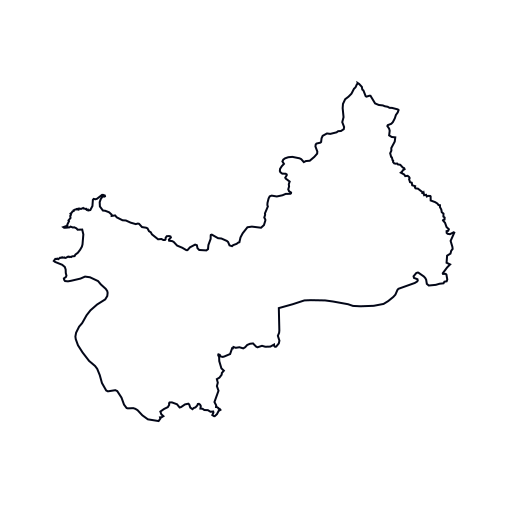 the district of Sirindhorn, Ubon Ratchathani, Thailand, rotated 258°
{"feature_id": "78962969B9944592698324", "entity_name": "Sirindhorn", "entity_type": "district", "adm_level": 2, "iso_a3": "THA", "parent_name": "Thailand", "parent_adm1": "Ubon Ratchathani", "projection": "natural_earth1", "projection_center": [105.457, 15.111], "detail": "fine", "context": "isolated", "style": "outline", "palette": "ink", "viewbox_px": 512, "rotation_deg": 258, "n_neighbors": 0, "source": "geoboundaries", "source_scale": "gbopen_adm2", "svg_char_len": 6066}
<svg xmlns="http://www.w3.org/2000/svg" viewBox="0 0 512 512"><g transform="rotate(258 256 256)"><path d="M343.1,416.9L344.2,413.5L346.3,411.3L350.7,412.8L352.9,412.7L355.8,411.5L356.6,412.1L357.2,415.8L358.5,417.7L361.8,420.4L364.9,422.2L367.0,424.5L369.1,425.8L369.9,425.2L372.6,419.8L373.2,417.4L374.6,415.8L375.7,413.1L376.9,411.4L378.2,407.5L380.5,404.2L388.9,401.3L389.2,400.4L388.9,397.2L389.5,396.5L395.6,395.5L396.7,394.6L399.4,394.7L402.8,392.7L404.1,391.4L403.3,391.4L403.0,390.4L400.3,388.4L399.2,386.6L394.9,383.1L392.6,379.6L390.8,375.8L386.7,372.7L382.6,371.5L373.6,370.5L369.0,368.2L363.8,369.0L361.8,368.2L360.6,365.1L361.0,362.3L360.2,360.5L360.0,354.0L361.1,350.9L359.7,346.2L357.5,344.6L354.0,343.4L353.5,342.6L353.4,338.6L352.7,337.6L350.8,336.9L345.4,337.7L343.4,337.1L340.8,333.6L338.0,328.4L338.5,324.5L337.9,322.3L341.3,320.4L342.5,318.9L345.4,312.2L345.9,308.1L345.5,304.7L344.6,302.7L343.0,301.5L340.3,302.5L338.5,299.9L336.3,297.7L334.2,297.0L332.8,297.3L331.1,298.8L330.3,302.1L329.4,303.0L328.7,302.9L326.5,300.9L325.5,301.2L321.8,304.4L319.4,303.0L317.1,302.8L314.5,301.4L312.5,301.8L310.8,303.5L310.0,303.2L309.7,302.4L310.6,298.1L309.9,294.5L309.9,288.7L311.8,283.9L311.5,281.8L309.7,280.3L305.6,278.3L303.5,277.7L302.0,277.9L295.8,273.6L294.4,273.5L291.9,272.1L289.7,272.7L288.7,272.5L284.6,270.2L282.6,266.8L285.6,258.1L285.9,253.6L281.0,247.7L277.4,244.7L272.9,242.6L272.8,241.4L271.9,239.5L271.4,236.0L270.6,234.6L271.9,232.3L275.5,231.6L276.8,230.6L280.3,225.8L281.3,222.6L286.1,217.2L286.0,216.2L285.3,215.9L282.2,215.2L276.6,211.7L272.7,210.5L271.8,208.6L273.7,201.7L275.8,200.4L278.8,200.4L279.8,198.8L278.2,193.2L276.0,190.2L276.2,189.1L279.4,185.6L282.6,181.0L286.9,178.4L288.0,177.1L289.0,174.2L290.1,174.2L291.8,176.6L292.9,176.4L293.6,175.1L293.9,172.8L292.6,171.4L291.1,171.0L290.6,170.3L290.9,168.7L292.3,167.0L292.7,163.7L298.8,158.7L301.1,158.0L302.5,156.5L305.6,155.6L306.5,154.4L308.0,150.5L311.8,148.3L312.3,147.2L312.2,145.0L314.7,140.3L317.8,136.1L318.7,132.9L322.7,127.9L325.0,126.6L325.2,123.1L326.5,123.4L329.3,121.4L331.6,117.9L332.3,115.7L336.9,113.6L341.2,114.3L344.0,116.0L346.2,118.4L345.6,119.8L345.8,120.7L346.6,120.7L347.6,119.1L347.8,118.1L345.0,112.3L344.9,110.6L345.6,109.1L344.8,108.1L338.9,106.4L335.4,103.5L335.4,101.4L336.4,101.2L336.3,100.1L337.4,99.7L337.3,99.0L338.1,98.2L338.3,97.2L338.9,96.9L338.4,94.6L339.2,92.9L338.2,92.1L338.6,91.2L339.2,91.3L339.3,90.4L338.9,89.8L339.1,89.0L338.6,87.1L337.9,87.0L337.7,85.7L336.6,84.7L336.0,83.3L334.8,83.6L333.8,82.6L331.8,82.5L329.8,80.0L328.9,80.3L326.0,78.0L324.9,77.8L324.3,73.5L323.5,74.2L323.2,75.8L322.8,79.5L323.3,80.7L321.9,82.9L321.9,84.1L320.4,86.1L318.8,87.0L318.0,91.5L313.0,91.6L303.4,88.7L301.3,87.6L298.7,85.3L296.2,82.4L294.9,79.6L293.6,78.5L293.9,76.1L293.4,75.0L294.0,73.7L293.8,73.0L294.5,72.2L293.7,69.4L294.0,68.5L294.5,68.1L294.4,66.8L295.1,66.1L294.7,64.8L295.1,64.1L294.0,61.9L294.8,61.0L294.5,60.4L294.9,59.1L293.2,57.2L292.0,58.2L287.7,64.6L285.0,66.7L282.3,67.0L278.9,66.4L276.2,66.5L275.0,65.7L274.0,63.4L272.6,63.4L271.2,64.0L270.3,66.8L270.2,70.0L270.4,79.6L271.4,84.5L269.7,89.2L264.3,96.3L260.5,98.3L255.1,102.2L252.6,103.2L250.8,103.2L247.8,102.2L244.9,99.5L241.6,90.5L237.3,82.8L233.3,78.0L226.5,72.0L223.7,68.3L218.4,64.1L214.8,62.6L212.2,62.4L205.7,63.3L197.7,66.3L188.1,70.9L181.9,75.7L178.7,77.2L172.0,78.4L163.8,78.9L155.6,81.5L154.4,83.0L154.0,90.5L152.7,92.2L145.4,95.0L138.1,96.0L134.2,97.8L133.6,99.0L132.7,104.3L131.6,106.2L129.8,108.1L123.8,111.7L118.7,116.3L114.8,126.4L116.9,128.7L118.1,128.6L117.9,130.2L118.6,132.1L120.8,130.5L123.7,130.1L125.5,134.3L126.5,138.3L128.4,140.1L130.1,140.4L130.7,141.0L130.3,143.3L127.4,147.9L123.7,149.8L123.8,151.3L125.6,155.7L125.6,159.1L124.6,159.8L121.4,160.2L119.4,162.0L120.3,163.6L120.5,165.3L122.1,167.6L123.3,168.3L123.3,169.4L122.2,170.4L120.7,170.8L118.3,169.9L117.7,171.9L116.1,173.4L115.2,176.9L113.1,179.1L112.8,181.8L111.7,181.8L109.5,180.2L108.1,181.6L107.9,182.3L109.4,184.9L112.2,187.2L112.9,189.2L114.1,188.6L114.3,187.7L115.3,187.4L116.3,186.4L116.6,185.5L118.2,186.0L121.8,185.0L132.0,191.3L136.9,190.7L140.0,192.3L143.7,192.1L144.6,194.9L147.0,197.7L148.7,198.3L150.5,200.7L153.3,198.8L160.8,198.2L164.7,198.9L167.0,198.4L167.6,198.8L166.9,200.0L165.3,200.2L164.2,202.5L164.3,204.1L165.5,210.3L170.8,213.5L170.5,214.2L171.7,215.0L170.4,217.1L170.2,220.8L168.3,224.3L169.0,226.4L170.8,228.9L171.4,231.9L171.1,234.9L167.3,237.3L166.4,238.5L166.9,243.2L165.3,246.2L164.4,251.2L165.6,255.2L164.4,255.0L163.2,255.8L163.2,256.9L165.7,260.1L168.3,261.3L173.4,260.8L176.0,262.6L178.1,263.3L200.3,267.5L201.2,281.9L202.5,294.1L201.4,300.5L198.2,314.3L195.5,321.8L189.7,336.0L187.0,340.5L185.1,347.7L182.8,360.8L182.6,370.8L184.4,375.9L187.4,381.8L189.2,384.3L193.4,387.3L194.3,388.5L196.6,405.7L197.5,408.2L198.3,409.1L199.7,409.1L201.7,406.0L203.4,405.9L206.0,409.2L206.2,410.6L206.0,411.3L201.1,415.9L199.2,417.0L197.4,417.5L193.2,417.3L191.2,418.9L190.4,425.9L190.7,429.8L190.3,433.7L191.7,435.0L191.6,437.2L193.2,438.2L198.2,438.4L199.1,437.8L199.6,435.2L200.3,435.1L205.1,440.6L207.4,444.1L209.8,441.0L216.6,443.0L217.9,446.7L220.6,448.1L222.0,449.8L224.0,450.0L230.3,449.5L237.6,454.8L238.1,454.3L237.0,450.2L237.9,448.0L239.0,447.3L240.7,447.6L240.7,449.2L242.1,450.2L244.7,448.4L249.2,447.8L251.9,446.3L252.4,446.7L252.5,448.0L254.4,448.5L255.6,447.5L258.5,448.2L260.2,446.8L263.0,446.9L265.6,446.1L267.4,446.5L267.9,445.1L269.5,444.4L271.4,442.5L274.0,438.4L278.0,439.2L278.5,438.9L279.0,436.9L278.7,435.4L280.5,435.1L280.5,433.1L283.2,433.1L282.6,432.4L283.0,431.8L283.7,432.2L288.2,428.4L289.0,426.1L290.0,425.7L291.2,426.2L292.7,423.5L295.3,423.6L296.2,422.0L299.3,421.7L300.3,422.5L301.4,422.2L302.9,421.0L303.1,418.6L304.9,417.9L307.4,415.0L308.2,416.5L309.3,417.4L310.0,419.4L311.1,419.2L312.0,418.0L315.2,416.1L316.1,413.8L317.1,413.3L317.3,411.6L317.9,410.4L319.5,409.6L320.8,410.0L321.3,409.5L324.2,409.4L324.8,408.8L328.6,408.6L330.9,410.3L333.5,410.8L339.1,415.5L343.1,416.9Z" fill="none" stroke="#020617" stroke-width="2"/></g></svg>